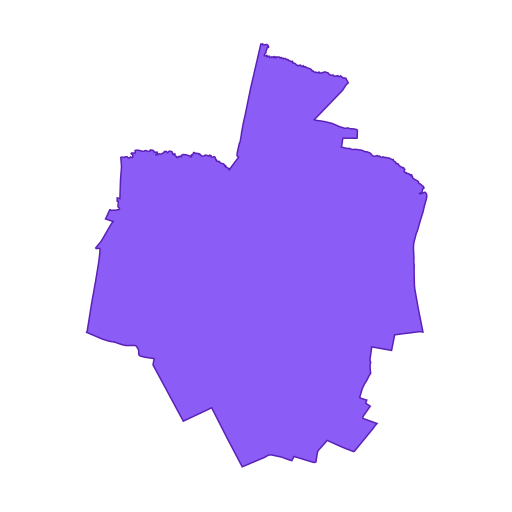 the district of Salcuta, Dolj, Romania, rotated 355°
{"feature_id": "2599482B15452275926082", "entity_name": "Salcuta", "entity_type": "district", "adm_level": 2, "iso_a3": "ROU", "parent_name": "Romania", "parent_adm1": "Dolj", "projection": "natural_earth1", "projection_center": [23.464, 44.234], "detail": "fine", "context": "isolated", "style": "filled", "palette": "violet", "viewbox_px": 512, "rotation_deg": 355, "n_neighbors": 0, "source": "geoboundaries", "source_scale": "gbopen_adm2", "svg_char_len": 6026}
<svg xmlns="http://www.w3.org/2000/svg" viewBox="0 0 512 512"><g transform="rotate(355 256 256)"><path d="M247.1,457.3L251.2,455.4L254.0,455.5L263.7,458.5L272.8,462.7L273.9,463.0L276.3,459.0L295.2,466.6L296.4,466.8L297.8,466.3L299.8,458.0L300.6,455.8L301.8,454.4L305.6,451.0L310.8,445.9L325.5,454.1L336.0,459.3L336.7,459.2L337.2,458.9L358.3,437.3L359.9,435.3L362.0,433.4L348.5,427.2L348.3,425.6L356.7,415.6L352.4,412.2L353.8,409.2L349.3,407.4L346.9,406.1L350.3,397.4L352.9,393.0L355.5,389.6L358.2,385.2L360.0,382.8L359.9,379.1L360.1,374.7L361.0,371.8L360.4,369.6L363.4,356.6L382.8,361.9L387.3,346.6L412.2,345.6L415.7,346.3L413.1,322.8L411.3,302.6L411.3,298.8L412.1,285.5L412.8,279.0L412.7,275.7L413.2,271.0L413.5,262.1L414.3,256.8L417.7,247.3L419.0,245.0L422.3,236.2L426.2,226.7L428.2,220.6L430.9,213.5L431.4,211.3L431.3,209.1L430.1,207.2L429.5,207.2L426.1,208.3L424.4,208.2L424.3,207.9L426.5,207.4L427.0,207.0L427.8,204.1L428.3,203.4L428.7,203.5L429.3,202.9L429.0,202.5L429.0,201.8L428.9,201.3L427.2,200.2L427.0,199.5L426.6,199.1L424.3,197.4L424.3,196.0L422.4,194.5L421.0,193.8L418.8,191.7L418.7,190.4L418.2,190.2L417.4,189.3L417.4,189.1L418.2,188.9L418.1,188.6L416.0,188.3L415.7,187.5L413.8,186.8L412.9,186.8L412.9,186.0L411.2,185.4L411.0,184.1L411.8,182.6L411.1,182.0L410.9,181.1L410.5,180.8L409.9,181.0L407.7,179.3L406.7,178.9L405.7,176.7L405.3,176.4L403.9,176.3L403.4,176.0L403.2,175.7L403.5,175.0L402.7,174.1L401.3,173.2L401.0,171.8L399.8,171.8L397.4,170.1L395.8,169.8L394.3,169.2L392.8,169.1L391.4,168.3L390.1,168.6L389.4,168.6L388.4,168.1L387.8,167.2L386.2,167.2L385.5,166.5L383.8,166.9L381.8,166.8L380.8,166.2L379.3,164.0L378.4,163.2L375.2,161.7L374.0,161.7L370.5,159.8L364.4,158.4L360.8,158.3L358.7,157.0L356.2,156.8L353.5,156.0L350.5,154.8L351.5,151.9L352.4,147.7L352.9,146.2L366.9,147.5L367.1,146.8L368.0,139.8L367.8,139.3L367.4,138.9L364.9,138.0L360.6,137.3L358.7,136.4L356.7,136.6L355.5,136.5L350.3,134.3L343.5,130.6L336.1,128.1L330.7,126.7L327.1,126.0L325.9,125.3L356.2,98.9L356.9,98.2L360.8,93.2L362.9,91.7L362.9,91.3L362.1,89.3L361.3,87.9L361.1,86.8L359.6,86.3L358.6,86.6L355.9,83.9L354.5,84.7L353.5,84.3L353.3,83.4L349.5,83.9L349.1,82.7L347.8,82.4L346.7,82.6L344.4,81.1L343.7,79.8L340.3,78.5L339.2,79.1L337.4,79.0L336.6,79.4L335.8,79.6L335.4,79.4L335.1,78.5L334.5,78.2L334.0,78.7L333.3,78.9L331.5,78.0L330.7,78.2L329.7,77.5L329.3,76.8L328.5,76.5L328.3,76.7L327.9,76.3L327.5,75.3L326.6,74.4L324.0,73.2L323.3,73.1L321.8,71.8L321.5,71.7L321.0,72.1L320.3,71.9L320.0,71.0L319.7,70.6L318.6,71.4L318.3,71.3L316.9,69.7L315.3,69.9L314.8,70.3L314.2,69.7L313.5,69.6L312.8,69.1L312.7,68.7L311.8,67.8L310.4,67.1L309.5,66.9L309.7,66.3L309.3,66.1L309.0,65.1L308.4,65.4L307.2,65.0L306.8,64.6L306.2,64.4L306.1,64.1L305.4,64.0L304.9,63.0L304.7,62.9L304.0,63.2L302.3,61.7L300.8,62.0L300.3,61.3L299.8,61.2L299.3,61.4L298.4,60.4L297.5,60.8L297.0,60.6L296.5,59.8L295.3,59.9L294.2,59.4L293.5,59.6L293.4,60.0L292.7,60.3L292.5,60.2L292.1,59.1L291.8,58.9L291.2,59.0L290.9,59.8L289.8,59.4L289.3,58.9L287.3,59.7L286.9,58.2L286.7,58.1L286.0,58.1L284.4,58.7L284.2,58.0L284.4,57.4L284.3,57.0L283.1,57.5L282.5,57.4L281.8,57.0L281.7,56.5L282.7,55.1L283.7,54.2L283.6,53.1L284.6,51.4L285.0,50.0L285.2,49.7L286.3,49.4L286.8,49.0L286.7,48.5L286.2,48.1L286.5,47.5L285.2,46.2L282.3,46.4L281.5,46.3L281.2,45.9L281.1,45.2L279.7,45.5L279.3,45.3L265.4,87.9L257.2,115.5L255.2,121.6L252.2,132.4L251.9,134.2L250.1,140.9L249.2,142.4L248.9,143.3L246.2,151.8L245.8,154.5L247.3,156.0L236.8,167.8L236.4,167.3L237.0,166.7L235.0,165.6L234.7,165.2L233.5,164.6L233.3,164.3L233.8,163.8L233.7,163.5L233.3,163.2L232.7,163.5L232.4,163.3L232.5,162.4L231.6,161.3L229.6,160.7L228.5,160.1L228.1,159.7L227.9,158.7L227.1,158.9L226.2,158.1L225.4,158.2L224.9,158.1L224.8,157.7L225.0,156.9L224.2,156.2L224.2,155.2L223.7,153.8L222.5,153.3L221.3,153.8L219.9,153.3L219.6,152.9L219.9,152.3L219.9,152.0L218.5,151.5L218.0,152.1L217.4,152.4L216.8,151.9L216.0,151.7L214.8,151.0L214.2,151.1L212.7,151.9L211.0,151.8L209.9,150.8L208.8,149.4L208.2,149.8L208.0,149.3L207.4,148.9L206.4,148.6L204.9,148.5L203.2,147.5L202.8,147.5L202.6,148.4L201.9,149.0L201.5,149.7L200.5,149.6L200.4,151.1L200.3,151.5L200.0,151.6L199.4,151.5L198.8,150.5L197.5,150.0L196.8,149.9L195.4,149.1L192.2,148.5L191.3,148.8L190.6,149.3L190.4,150.5L189.9,150.4L189.0,149.9L188.7,150.0L188.6,150.4L187.1,150.1L186.8,151.0L186.1,151.2L185.5,150.7L185.2,149.9L184.6,149.2L184.0,148.7L184.2,147.4L184.0,147.1L183.6,147.1L182.8,147.7L182.2,147.7L181.9,147.5L181.9,145.8L181.6,145.1L180.8,144.5L179.2,144.0L178.6,144.0L176.9,145.4L176.5,145.1L175.8,144.0L174.0,143.9L173.7,144.0L173.7,144.6L173.4,145.0L171.5,145.6L170.3,146.2L169.7,146.2L168.2,145.7L166.7,146.6L166.4,146.6L165.1,146.4L165.1,146.1L166.3,145.3L166.8,144.1L166.6,143.9L165.0,143.9L163.4,143.4L163.2,143.2L163.4,142.7L163.3,142.4L162.4,141.6L161.5,141.6L160.1,141.0L159.9,141.1L159.7,142.1L159.2,142.3L157.9,142.5L155.4,141.3L154.0,141.5L153.6,141.9L151.7,141.8L150.1,141.0L147.9,140.4L145.7,140.1L145.0,140.3L144.7,140.5L144.8,142.7L144.6,143.0L143.4,142.9L142.5,142.6L140.9,142.6L140.6,142.9L140.7,143.4L141.9,144.5L142.1,144.9L141.9,145.8L141.9,146.7L141.3,147.1L140.8,147.0L140.2,146.6L139.6,146.4L138.3,147.3L137.6,147.3L137.1,147.1L136.5,146.1L135.8,145.8L134.6,145.8L133.1,146.2L130.8,145.8L129.9,146.0L129.8,155.2L127.7,168.0L125.4,187.0L122.8,186.0L122.5,189.3L123.6,189.5L122.8,194.7L122.9,195.1L124.2,196.4L124.0,197.5L123.4,197.8L121.8,197.8L121.0,198.1L119.7,198.2L118.2,197.9L115.9,198.0L115.1,197.3L114.4,197.2L109.3,206.0L116.7,209.2L114.8,211.2L103.7,226.9L102.5,228.4L97.0,234.0L97.5,234.7L98.3,234.8L99.6,234.6L101.0,235.0L101.2,235.3L100.9,238.2L98.9,247.9L94.4,265.6L87.9,289.7L81.4,315.7L80.6,317.3L95.9,325.5L102.3,328.1L105.2,328.9L106.6,329.1L115.4,332.9L119.0,333.9L127.8,334.6L129.0,335.5L130.4,338.3L130.7,339.0L130.8,340.2L130.6,344.0L131.7,345.4L135.9,347.0L146.1,349.5L145.7,349.6L145.2,350.7L143.9,355.5L169.2,414.2L198.6,403.3L211.0,434.0L223.9,464.8L247.1,457.3Z" fill="#8b5cf6" stroke="#5b21b6" stroke-width="1.5"/></g></svg>